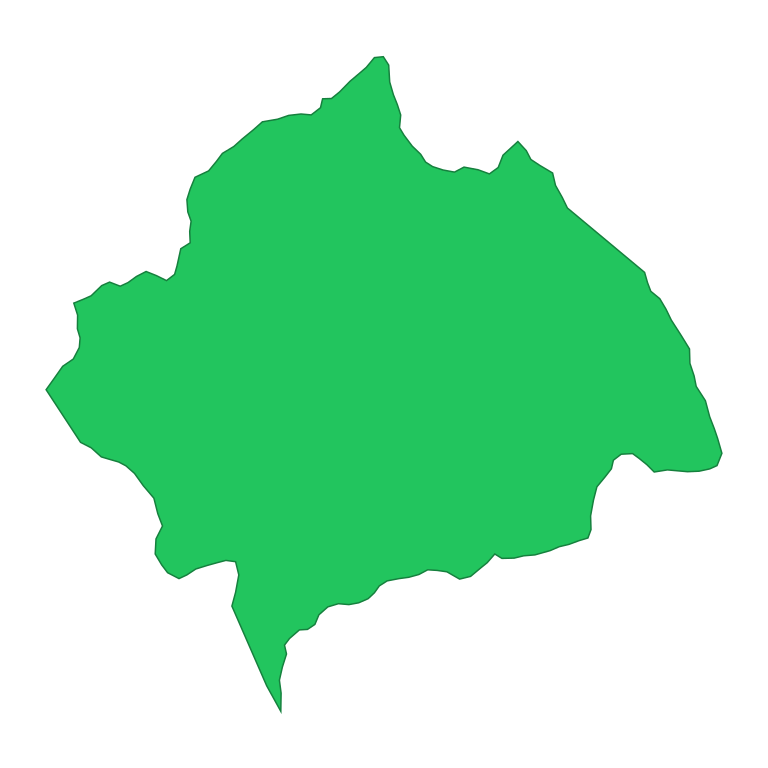 Analândia, São Paulo, Brazil (Albers equal-area conic projection)
{"feature_id": "56859067B54615331892008", "entity_name": "Analândia", "entity_type": "district", "adm_level": 2, "iso_a3": "BRA", "parent_name": "Brazil", "parent_adm1": "São Paulo", "projection": "albers", "projection_center": [-47.68, -22.126], "detail": "fine", "context": "isolated", "style": "filled", "palette": "green", "viewbox_px": 768, "rotation_deg": 0, "n_neighbors": 0, "source": "geoboundaries", "source_scale": "gbopen_adm2", "svg_char_len": 2196}
<svg xmlns="http://www.w3.org/2000/svg" viewBox="0 0 768 768"><path d="M517.9,141.5L503.0,155.2L498.2,167.5L489.4,173.9L478.2,169.8L464.0,167.1L454.5,172.1L443.0,170.0L432.6,166.6L425.6,162.1L420.7,154.3L412.2,146.1L404.0,135.2L399.5,127.7L400.7,115.0L397.3,104.5L393.4,94.7L389.7,82.0L388.7,65.1L383.3,56.7L374.4,57.6L366.3,67.4L357.8,74.7L350.1,81.2L339.5,92.0L331.5,98.5L322.6,98.8L320.5,107.7L311.2,114.9L301.0,114.0L288.7,115.4L277.6,119.2L262.4,121.8L253.5,129.7L242.4,138.8L233.8,146.5L222.4,153.4L216.5,161.3L208.6,170.9L195.0,177.3L190.2,189.1L186.9,199.6L187.8,211.9L191.1,221.2L189.7,231.4L190.2,242.8L180.8,248.7L177.0,266.0L174.6,274.4L166.5,280.6L156.4,275.6L146.1,271.5L136.4,276.5L128.0,282.6L120.2,286.2L109.6,282.1L101.7,285.6L91.1,295.8L83.0,299.4L73.8,303.1L77.6,315.1L77.4,328.8L80.1,337.9L79.3,347.5L73.3,359.0L62.7,366.3L53.7,379.1L46.1,389.7L80.6,442.4L91.2,447.8L101.3,456.9L109.4,459.3L118.7,462.0L125.9,465.8L134.5,473.4L143.3,485.7L153.9,498.2L157.8,513.7L162.5,526.0L156.0,538.9L155.2,554.0L161.7,564.9L167.6,572.7L179.0,578.6L186.9,574.9L195.8,569.0L207.4,565.4L217.1,562.7L225.9,560.4L235.6,561.7L238.8,574.9L235.6,592.3L231.9,606.1L266.7,685.8L280.8,711.3L281.1,693.1L279.4,680.2L282.4,667.0L286.5,654.0L284.5,645.1L289.5,638.5L299.4,629.9L307.5,629.4L314.9,624.4L318.9,614.8L327.8,606.9L338.4,603.7L348.9,604.6L358.7,602.8L368.1,598.7L374.4,592.8L379.3,585.9L387.1,580.9L399.0,578.6L408.7,577.3L418.9,574.5L427.7,569.8L437.1,570.4L446.9,571.8L459.6,579.1L470.6,576.4L481.0,567.7L487.2,562.7L494.8,554.0L501.9,558.4L514.2,558.1L523.7,555.8L534.9,554.9L550.2,550.6L559.2,546.7L568.9,544.4L579.2,540.6L587.9,538.0L591.0,529.6L590.6,515.9L593.5,500.0L596.9,486.8L605.0,477.0L611.4,468.8L613.4,460.2L621.2,454.2L632.6,453.6L639.0,458.3L646.9,464.7L654.2,472.0L667.4,469.9L687.5,471.7L699.1,471.2L709.7,468.9L717.0,465.6L721.9,453.3L717.6,438.4L714.3,428.7L709.7,416.8L705.4,400.7L696.2,386.4L694.1,375.9L689.9,363.3L689.5,349.0L681.4,335.8L671.3,320.1L666.0,309.2L659.8,298.7L650.8,291.3L647.5,282.6L644.6,272.4L567.4,208.0L562.3,197.5L555.5,185.4L552.6,173.0L539.8,165.4L530.9,159.5L526.3,150.7L517.9,141.5Z" fill="#22c55e" stroke="#15803d" stroke-width="1.5"/></svg>